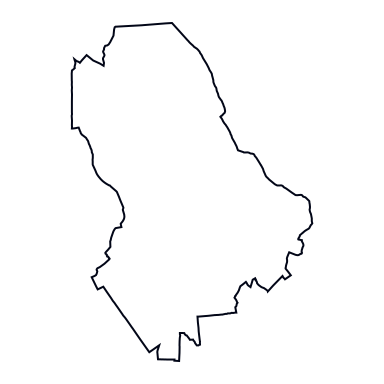 outline of Siretel, Iasi, Romania
{"feature_id": "2599482B550039581691", "entity_name": "Siretel", "entity_type": "district", "adm_level": 2, "iso_a3": "ROU", "parent_name": "Romania", "parent_adm1": "Iasi", "projection": "orthographic", "projection_center": [26.741, 47.42], "detail": "fine", "context": "isolated", "style": "outline", "palette": "ink", "viewbox_px": 384, "rotation_deg": 0, "n_neighbors": 0, "source": "geoboundaries", "source_scale": "gbopen_adm2", "svg_char_len": 5920}
<svg xmlns="http://www.w3.org/2000/svg" viewBox="0 0 384 384"><path d="M286.9,258.3L287.3,256.9L289.2,252.3L295.5,254.8L296.9,255.1L297.9,255.2L298.7,255.0L299.6,254.5L300.4,253.9L301.1,253.6L301.5,253.7L302.0,252.9L301.8,252.2L301.6,251.4L301.8,249.9L302.3,248.5L302.5,247.6L303.4,245.8L303.4,244.8L303.1,243.6L301.8,241.2L301.9,240.2L299.6,239.7L298.4,239.5L298.2,239.1L298.5,238.3L299.3,237.1L299.5,236.5L299.9,235.9L299.9,235.2L304.5,231.3L305.1,230.8L305.7,230.5L306.0,230.2L307.8,229.2L308.8,228.6L309.5,227.7L310.8,225.1L311.5,224.5L312.3,223.3L312.1,222.6L311.8,221.2L311.8,218.4L311.1,214.8L310.9,213.9L310.5,213.0L310.0,211.8L309.7,210.2L309.6,209.8L309.7,209.2L309.9,208.3L310.0,207.0L309.7,203.9L309.5,203.2L309.4,202.4L309.3,201.4L309.3,201.2L309.1,200.9L305.6,197.5L305.3,197.3L303.4,196.7L302.9,196.4L302.7,195.9L302.3,195.5L301.7,195.0L301.0,194.9L300.3,194.9L297.2,195.2L295.7,195.1L294.9,194.7L294.4,194.3L292.0,192.7L286.3,188.6L284.3,187.5L284.1,187.3L283.8,187.2L283.6,186.9L283.2,186.6L282.9,186.1L282.2,185.7L281.3,185.4L277.6,185.5L276.8,185.3L274.8,184.2L269.1,179.5L268.2,178.5L266.4,176.8L265.6,175.6L265.3,174.8L263.7,171.2L263.0,168.9L261.0,165.2L260.9,165.2L259.3,162.5L256.3,157.7L255.7,157.0L254.8,156.0L254.5,155.2L253.9,154.3L253.4,154.0L252.0,153.6L251.0,153.6L250.3,153.4L249.0,152.7L247.7,152.4L244.0,152.5L243.3,152.1L238.0,150.3L237.2,148.3L236.9,147.2L236.1,145.3L235.7,144.7L234.9,142.9L232.2,138.2L232.0,137.7L231.4,135.5L230.6,134.2L230.3,133.0L229.8,131.8L227.3,127.3L226.4,126.0L225.6,124.7L225.1,124.2L224.3,123.2L222.9,121.0L222.7,120.4L221.8,118.7L220.4,116.8L221.4,115.8L222.3,115.4L222.6,114.8L223.5,113.9L223.7,113.6L224.5,113.0L224.7,112.7L225.0,111.6L225.1,111.3L225.0,110.3L224.7,108.6L224.4,107.5L223.7,105.9L223.1,104.0L222.3,102.4L222.2,101.9L221.7,100.9L221.5,100.5L220.5,99.4L220.3,98.9L219.5,97.9L218.9,97.0L218.4,95.6L218.0,93.7L216.8,91.0L216.7,90.5L216.6,90.0L216.4,88.6L216.1,87.6L215.9,87.3L215.1,86.3L214.8,85.7L213.7,83.0L213.4,82.0L213.3,80.1L212.5,77.0L212.2,76.0L211.9,74.5L211.8,73.8L211.0,72.3L209.6,70.2L208.6,67.8L206.7,64.1L203.0,58.1L201.7,55.2L200.0,52.8L199.8,52.2L199.5,51.5L198.7,50.7L198.1,49.9L197.3,49.1L196.5,48.4L195.4,47.8L195.0,47.4L194.0,46.8L193.1,45.7L190.6,43.5L189.2,42.1L188.7,41.4L187.6,40.3L172.0,23.0L165.4,23.4L141.3,25.3L115.5,26.7L114.7,27.3L114.1,29.5L113.5,35.6L110.2,42.1L108.7,44.4L107.3,45.4L105.2,45.8L104.0,48.2L104.1,48.9L104.0,49.6L103.5,50.5L103.1,51.6L103.3,52.4L104.0,53.7L104.5,55.1L104.1,56.3L103.3,57.6L103.0,58.4L103.0,59.3L104.0,62.9L103.6,65.8L100.2,63.7L93.2,60.5L86.6,55.1L81.8,60.4L79.9,62.8L79.2,62.2L78.5,61.8L76.5,61.0L75.8,60.4L74.4,59.2L74.7,60.3L75.1,61.3L75.4,62.8L75.3,63.8L75.0,65.0L74.8,65.7L74.6,66.6L74.5,67.2L74.6,67.6L74.8,68.0L73.6,69.2L72.0,70.4L71.9,70.8L71.9,71.5L71.7,73.4L71.8,81.0L71.9,81.7L71.8,84.8L72.0,87.6L71.8,90.4L72.0,94.5L71.9,101.0L71.9,112.4L72.0,114.2L71.7,115.8L72.0,120.6L71.9,125.5L72.0,126.7L71.9,128.5L72.9,128.5L75.4,128.2L77.7,127.7L78.7,127.6L80.2,131.6L80.6,132.2L80.7,132.9L80.9,133.4L81.6,134.2L81.7,134.5L86.0,137.8L87.4,140.1L87.8,140.5L88.3,141.7L88.5,142.6L88.8,143.4L88.9,143.9L89.6,145.2L90.3,147.0L90.5,147.9L91.3,149.4L91.7,150.7L91.8,151.4L91.8,152.2L92.8,154.5L92.8,158.0L92.6,159.5L92.7,161.6L92.7,164.3L92.8,164.9L95.3,170.3L96.3,172.8L96.7,173.7L97.6,175.2L98.7,176.7L100.7,179.1L102.6,181.0L104.5,182.5L106.4,183.8L109.0,185.3L109.3,185.3L109.9,185.5L110.7,186.4L116.0,191.0L116.8,191.8L117.0,192.2L119.0,196.9L120.3,200.3L123.3,207.4L123.4,207.8L122.8,209.8L124.2,214.6L124.3,215.6L124.4,216.7L124.3,217.5L124.0,218.9L123.7,219.4L123.2,220.5L122.3,221.8L120.8,223.6L120.7,223.8L121.4,227.1L115.7,228.1L115.3,228.4L114.5,229.4L113.4,231.4L113.0,232.5L111.2,237.7L110.7,240.1L110.2,241.4L110.4,246.9L107.9,249.9L106.1,251.8L105.4,252.7L105.6,253.2L105.5,253.6L106.8,254.7L106.8,255.7L107.0,256.1L107.4,256.2L107.4,256.6L108.2,256.8L108.4,257.0L108.6,257.4L108.9,257.7L108.9,258.2L109.6,258.6L109.6,258.8L109.2,259.4L106.9,261.5L104.5,263.7L99.8,267.1L97.5,268.2L96.8,269.1L96.6,269.8L97.3,271.3L97.0,272.6L96.6,273.9L96.0,275.1L94.5,276.0L91.7,277.2L96.2,286.5L97.7,289.4L103.3,286.7L106.6,291.6L111.1,298.1L112.8,300.8L114.5,302.9L116.0,305.1L117.3,306.9L122.5,314.4L123.1,315.4L125.0,317.6L126.6,319.8L132.1,327.7L132.5,328.2L140.5,339.8L149.3,352.2L159.2,345.3L157.5,350.7L157.4,351.3L157.3,352.2L157.4,352.8L158.0,359.3L166.4,359.5L174.5,359.5L174.4,360.7L179.1,361.0L179.5,352.9L179.6,346.6L179.5,345.4L179.6,341.2L179.8,337.9L180.2,335.5L180.1,335.0L179.9,334.3L179.9,333.0L182.1,333.0L184.3,333.1L184.8,334.2L185.1,334.6L185.9,335.3L186.7,335.4L187.0,335.8L189.1,338.5L189.7,339.4L189.9,339.8L193.1,339.6L193.5,340.6L194.3,341.3L194.7,341.9L194.9,342.7L195.3,343.4L196.8,345.4L198.5,345.4L198.9,345.1L199.4,344.7L200.0,344.6L199.9,342.3L200.0,341.4L199.8,340.7L199.1,335.0L198.7,331.5L198.5,327.8L197.9,322.5L197.5,316.6L198.5,316.6L208.5,315.8L214.6,315.1L218.7,314.9L221.1,314.6L222.2,314.6L223.6,314.3L225.4,313.9L226.8,313.9L227.8,313.4L230.1,313.4L231.8,312.8L233.0,313.0L235.2,312.6L236.3,312.6L235.4,307.8L235.3,307.2L236.2,306.3L236.4,305.7L236.8,303.7L237.5,302.8L237.4,302.7L237.0,302.0L236.6,300.9L236.0,299.7L234.5,297.7L234.9,297.0L235.1,296.1L235.7,295.8L235.9,295.1L237.7,292.6L238.9,290.3L239.8,287.6L240.4,286.2L242.7,284.5L245.9,281.9L246.5,282.7L247.6,284.8L248.4,285.6L250.5,287.1L251.9,282.6L252.7,279.7L255.1,278.3L255.3,278.9L255.8,279.4L255.5,279.9L255.5,280.1L256.1,280.8L256.2,281.0L256.6,281.3L257.1,283.0L257.1,283.3L258.4,284.8L259.1,285.4L261.3,287.0L262.1,287.4L264.0,288.1L266.0,289.5L267.5,290.7L267.7,291.1L267.8,291.5L273.2,285.5L282.5,276.0L283.2,277.3L283.7,278.0L284.6,278.7L285.0,279.3L290.8,275.3L288.1,271.7L285.6,268.6L285.6,267.9L285.9,267.0L285.9,266.3L286.1,265.4L286.5,263.9L286.9,262.7L287.1,261.8L287.1,259.8L286.9,259.0L286.9,258.3Z" fill="none" stroke="#020617" stroke-width="2"/></svg>